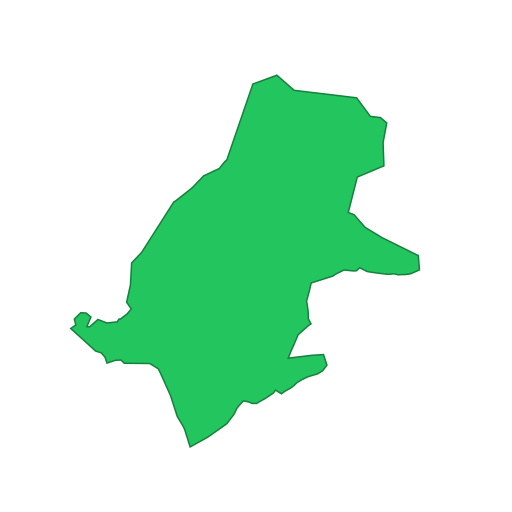 outline of Kaga, Borno, Nigeria, rotated 228°
{"feature_id": "59680162B15311652495769", "entity_name": "Kaga", "entity_type": "district", "adm_level": 2, "iso_a3": "NGA", "parent_name": "Nigeria", "parent_adm1": "Borno", "projection": "robinson", "projection_center": [12.335, 11.599], "detail": "fine", "context": "isolated", "style": "filled", "palette": "green", "viewbox_px": 512, "rotation_deg": 228, "n_neighbors": 0, "source": "geoboundaries", "source_scale": "gbopen_adm2", "svg_char_len": 2033}
<svg xmlns="http://www.w3.org/2000/svg" viewBox="0 0 512 512"><g transform="rotate(228 256 256)"><path d="M385.9,368.8L347.0,298.7L347.0,295.8L345.6,287.3L350.6,270.8L349.4,253.9L350.8,232.4L351.2,231.3L351.2,231.2L335.2,173.4L334.7,167.1L334.1,159.0L318.6,143.4L308.2,128.9L300.2,127.9L299.2,121.5L299.9,112.9L300.5,112.5L300.8,111.9L300.3,110.1L299.8,109.0L305.9,100.5L314.6,96.0L314.7,85.0L316.7,83.1L321.1,92.5L327.3,91.6L331.1,87.8L330.7,78.8L325.3,75.9L326.1,69.8L292.7,73.2L287.5,76.2L281.9,76.1L276.1,73.6L272.6,81.7L269.0,86.1L264.5,86.3L247.2,105.1L237.6,107.9L233.5,106.8L209.5,99.1L189.4,90.1L178.1,87.9L174.6,86.8L158.2,79.3L153.7,98.7L151.5,116.6L150.9,122.2L152.1,128.5L153.1,133.8L155.7,140.3L155.8,140.9L155.8,141.2L155.9,141.4L156.3,144.9L156.3,145.1L156.5,146.7L156.7,148.7L156.7,148.8L156.7,149.0L156.7,149.3L156.7,149.6L156.7,149.8L152.8,152.6L151.2,153.6L149.5,154.1L147.4,156.2L146.0,157.8L145.4,161.3L144.0,167.1L142.5,177.3L143.3,180.7L140.0,181.7L136.6,182.7L135.9,188.4L134.7,193.1L134.3,197.3L134.5,201.5L133.4,207.2L132.7,209.7L132.2,211.4L132.2,211.5L131.3,214.2L131.3,214.3L127.3,222.6L126.6,226.0L126.1,228.7L127.4,235.7L134.6,238.9L135.5,239.3L137.6,240.2L144.8,231.1L158.5,211.6L161.7,218.0L165.3,226.1L169.3,234.6L169.2,248.0L168.8,251.5L174.4,252.9L178.4,256.4L181.1,258.5L188.7,263.5L194.5,272.5L199.0,279.0L189.6,299.9L189.2,303.0L186.7,312.0L179.6,318.5L177.9,320.7L177.8,320.8L177.9,325.2L173.7,326.8L170.1,328.2L166.3,331.3L161.1,335.6L156.7,339.5L155.5,340.5L153.8,342.3L153.7,342.4L152.8,343.4L152.2,344.2L150.6,346.4L149.4,347.4L146.7,349.2L146.4,349.7L146.2,349.9L144.5,352.1L144.4,352.2L144.4,352.3L144.2,352.4L144.2,352.5L142.3,354.5L141.7,355.6L141.6,355.8L141.4,355.9L141.4,356.0L141.2,356.2L140.3,357.5L139.2,359.3L136.3,368.2L147.7,376.9L185.1,362.0L204.4,356.2L221.0,356.5L226.6,353.7L246.9,384.1L237.4,411.4L255.3,426.4L267.4,442.2L275.6,441.1L283.3,434.4L286.4,434.7L306.2,436.6L353.6,395.2L376.4,392.5L385.9,368.8Z" fill="#22c55e" stroke="#15803d" stroke-width="1.5"/></g></svg>